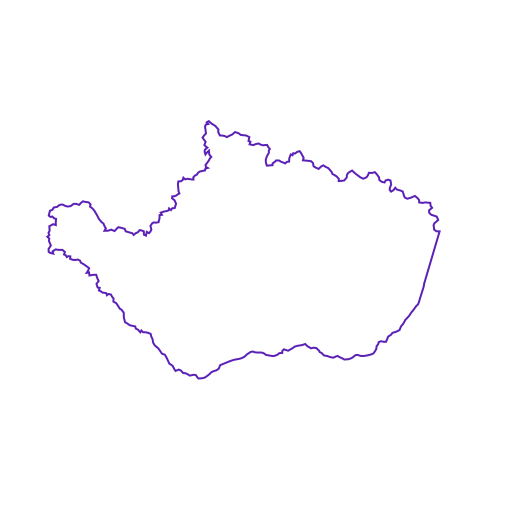 Mozarlândia, Goiás, Brazil (orthographic projection), rotated 330°
{"feature_id": "56859067B29377413065156", "entity_name": "Mozarlândia", "entity_type": "district", "adm_level": 2, "iso_a3": "BRA", "parent_name": "Brazil", "parent_adm1": "Goiás", "projection": "orthographic", "projection_center": [-50.615, -14.833], "detail": "fine", "context": "isolated", "style": "outline", "palette": "violet", "viewbox_px": 512, "rotation_deg": 330, "n_neighbors": 0, "source": "geoboundaries", "source_scale": "gbopen_adm2", "svg_char_len": 5723}
<svg xmlns="http://www.w3.org/2000/svg" viewBox="0 0 512 512"><g transform="rotate(330 256 256)"><path d="M427.3,326.5L424.6,324.8L423.5,322.2L424.5,320.0L425.1,318.2L426.7,316.9L429.4,316.4L431.8,315.9L432.2,312.2L428.4,307.9L427.6,305.1L428.7,303.0L432.6,302.3L432.3,299.8L433.5,297.1L431.1,295.5L429.4,294.2L426.8,293.3L424.1,291.2L425.2,289.2L424.8,286.4L423.6,283.4L418.9,282.9L415.6,282.0L414.2,279.9L414.2,278.1L414.8,275.9L415.3,273.4L413.7,271.4L411.2,268.8L410.7,266.5L408.2,267.7L405.2,267.8L404.8,265.7L406.0,263.9L408.8,261.7L409.5,259.8L410.2,257.8L408.5,255.9L406.0,255.4L404.1,256.6L402.1,254.7L400.8,252.0L401.9,249.2L401.6,246.9L401.3,244.6L400.8,242.8L398.2,242.2L395.4,240.4L393.4,242.0L391.1,243.1L387.5,242.7L385.7,240.0L384.5,237.2L383.2,234.1L381.9,230.0L377.5,230.1L375.2,231.3L373.8,233.4L370.1,234.7L368.0,233.8L365.1,232.5L366.3,230.5L365.6,227.4L364.5,225.2L363.2,223.2L363.5,221.2L363.0,218.1L362.4,215.7L361.0,213.9L359.7,211.2L357.4,211.0L353.8,211.9L352.1,209.6L350.7,207.1L351.8,204.1L351.2,201.6L349.3,200.0L347.8,199.0L346.2,197.8L344.5,196.6L346.4,194.7L346.4,191.9L346.5,189.2L346.2,187.0L343.5,186.4L341.0,186.8L339.6,185.6L338.0,187.0L336.9,185.4L333.6,188.1L331.9,190.8L329.8,189.9L327.5,190.4L326.4,188.8L324.9,187.0L323.7,184.8L321.1,183.3L319.4,183.9L316.7,184.1L315.7,185.6L313.4,184.5L310.6,183.2L311.1,180.5L312.5,177.6L315.4,175.0L318.6,173.2L319.8,171.1L321.5,170.3L321.1,167.7L321.1,165.3L317.4,163.6L315.4,161.5L314.6,159.9L311.6,158.9L309.2,158.7L306.3,156.1L308.3,154.2L307.0,152.7L309.7,149.7L307.7,146.7L303.4,143.6L302.2,140.8L299.8,138.2L296.1,138.9L292.5,138.5L290.2,138.5L289.1,136.7L287.4,135.1L285.0,133.5L285.3,129.5L286.7,127.8L285.8,123.0L283.6,118.8L282.5,115.6L280.2,115.6L280.6,117.8L278.2,117.1L276.5,118.5L275.7,120.7L273.9,124.9L271.2,125.7L268.9,126.8L269.4,132.0L266.8,134.1L267.3,136.1L268.1,137.8L264.9,138.4L263.6,140.1L263.0,142.8L265.2,141.9L267.9,141.2L266.3,144.7L266.8,147.9L265.0,148.4L262.5,149.9L260.5,150.8L257.7,152.0L257.2,153.8L258.2,155.6L255.9,155.0L254.6,156.4L252.0,155.5L249.8,154.8L247.5,154.9L245.4,156.0L243.4,155.8L241.1,156.5L240.0,158.5L238.1,157.2L235.4,154.9L233.0,154.2L232.3,151.9L230.6,153.5L228.3,153.7L226.0,152.6L224.3,154.8L222.4,158.8L221.3,161.1L220.9,163.6L218.9,163.5L217.0,163.7L215.1,163.4L213.3,162.5L212.2,164.1L213.3,167.0L212.9,170.8L209.6,173.8L207.4,172.8L205.3,173.7L204.5,171.4L203.2,172.8L201.0,172.4L198.4,171.4L195.1,170.8L195.1,173.3L192.9,172.4L191.3,175.1L188.5,178.0L186.2,177.2L184.2,175.8L182.4,175.8L179.7,177.1L178.5,180.9L176.7,182.1L174.7,182.7L173.5,180.5L170.9,183.3L169.6,181.5L171.2,178.5L169.7,176.8L168.3,175.4L165.4,176.4L163.0,176.1L160.6,176.6L160.3,174.5L155.5,169.5L155.9,166.9L153.8,164.6L151.1,162.2L148.7,162.8L146.0,163.7L143.7,160.7L140.7,160.2L137.4,158.4L139.8,157.0L139.7,154.9L140.1,151.7L139.2,149.4L138.5,145.7L138.7,141.3L138.7,137.6L138.6,135.4L138.1,132.9L136.9,130.2L138.5,128.7L138.0,126.0L135.1,123.7L133.4,122.1L131.1,122.5L128.4,123.3L126.3,120.9L124.2,119.7L120.3,120.1L117.5,118.9L115.8,117.2L114.2,114.7L112.3,113.8L110.4,113.6L108.3,114.0L105.1,112.9L102.8,114.2L100.2,113.8L98.6,115.4L96.7,117.4L97.6,119.5L99.4,120.0L99.9,122.3L101.4,123.9L99.4,126.7L98.1,129.1L96.2,127.0L94.3,127.0L91.9,126.9L89.9,130.9L87.8,132.3L87.5,134.6L84.9,135.0L85.7,137.5L84.2,139.5L83.6,144.3L79.8,146.3L78.5,148.9L79.6,150.8L81.7,152.6L82.1,150.3L85.7,150.1L88.3,152.1L91.4,153.9L92.5,157.0L90.5,158.7L91.6,160.2L91.6,162.3L93.4,162.3L95.0,163.5L93.6,165.5L95.5,167.8L97.8,169.2L99.8,169.9L101.3,172.0L101.0,174.2L102.7,177.1L104.0,179.8L105.4,183.1L103.5,184.6L101.0,185.9L103.2,186.8L102.0,189.6L105.4,190.8L108.2,192.4L107.5,195.6L107.2,199.0L103.9,200.4L103.1,204.1L104.7,205.4L102.7,207.3L103.9,208.9L104.8,211.0L106.4,212.1L107.8,213.5L107.3,215.4L109.1,215.1L111.1,216.8L111.0,219.4L111.4,221.5L109.7,224.2L111.4,227.0L111.7,233.6L112.7,235.3L113.1,239.0L110.7,243.4L109.5,248.0L110.6,249.7L112.1,252.9L116.2,256.6L115.6,258.7L117.0,260.9L117.6,264.2L119.5,263.2L120.1,265.6L122.6,267.1L124.6,269.1L125.8,270.8L125.0,273.6L124.8,276.6L123.6,279.3L123.6,282.4L124.1,284.3L125.2,287.0L125.5,290.0L125.7,293.5L127.7,295.9L127.7,299.6L127.4,303.1L127.1,305.8L128.8,309.2L128.8,311.4L128.7,313.3L128.9,315.3L132.2,315.7L133.7,317.6L134.4,320.9L136.3,322.3L137.5,323.9L138.9,326.5L142.7,327.7L144.4,329.1L144.5,331.4L144.9,333.3L147.0,334.4L149.1,335.2L151.1,335.7L154.3,335.4L156.9,335.0L158.8,334.4L160.9,334.4L164.6,335.2L167.3,335.0L170.5,332.6L173.2,333.0L179.3,333.8L181.7,334.2L185.0,334.9L187.1,335.6L189.4,336.5L192.0,337.2L195.2,337.5L197.4,337.1L199.2,336.6L201.0,336.6L203.2,336.4L205.4,337.1L207.1,339.0L209.2,340.5L211.8,341.9L213.3,343.1L214.5,344.8L215.2,346.7L216.7,347.9L219.3,350.1L220.9,351.3L223.4,352.0L225.4,352.2L227.7,351.8L230.2,353.1L231.3,351.4L233.6,350.8L235.0,352.5L236.5,354.1L239.0,354.1L241.9,354.1L244.0,353.8L247.0,354.5L251.4,356.2L254.6,356.8L255.4,359.8L257.5,363.5L260.1,364.2L262.2,365.9L263.2,369.2L263.2,371.1L264.4,373.0L265.1,376.0L267.9,378.5L269.9,380.8L272.1,382.7L275.0,383.0L276.8,383.4L277.6,385.1L279.5,387.7L280.7,389.8L284.4,391.6L287.5,392.2L289.4,392.1L292.5,391.6L294.5,392.4L296.6,394.8L298.6,396.1L300.7,397.0L303.5,398.0L306.1,398.7L308.8,399.1L311.0,398.2L313.5,396.8L315.4,394.4L317.8,393.4L319.3,391.9L321.6,392.3L323.9,394.3L325.6,395.3L327.8,393.8L330.1,391.9L333.5,391.7L335.8,390.8L339.5,391.7L341.4,391.8L343.3,391.9L345.0,390.5L346.7,389.3L348.8,388.6L351.2,387.4L353.3,386.0L356.0,385.3L359.1,384.2L362.2,382.6L364.7,381.7L370.1,379.3L371.9,379.0L374.2,377.3L376.3,375.2L379.9,371.9L384.7,367.5L386.7,365.5L387.8,364.0L389.2,362.7L427.3,326.5Z" fill="none" stroke="#5b21b6" stroke-width="2"/></g></svg>